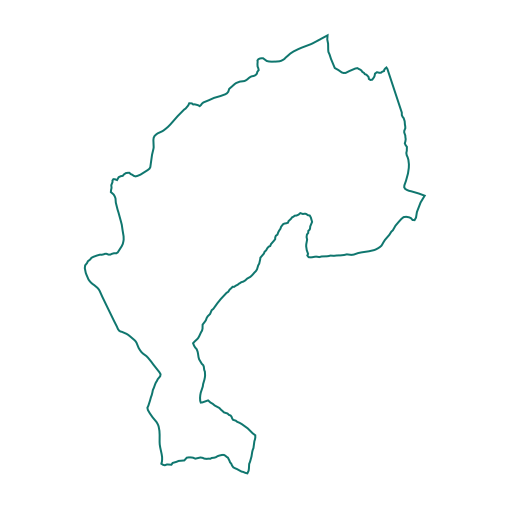 the district of Nambale, Western, Kenya, rotated 177°
{"feature_id": "3690345B66685082117491", "entity_name": "Nambale", "entity_type": "district", "adm_level": 2, "iso_a3": "KEN", "parent_name": "Kenya", "parent_adm1": "Western", "projection": "robinson", "projection_center": [34.319, 0.505], "detail": "fine", "context": "isolated", "style": "outline", "palette": "teal", "viewbox_px": 512, "rotation_deg": 177, "n_neighbors": 0, "source": "geoboundaries", "source_scale": "gbopen_adm2", "svg_char_len": 6071}
<svg xmlns="http://www.w3.org/2000/svg" viewBox="0 0 512 512"><g transform="rotate(177 256 256)"><path d="M361.4,53.5L359.7,52.3L358.0,51.8L355.8,52.5L351.4,52.0L350.1,53.7L346.2,54.6L344.0,55.4L338.3,55.6L335.7,58.2L333.8,58.4L331.9,58.3L329.5,57.9L327.2,56.8L322.0,57.7L319.8,57.2L318.3,56.4L316.0,56.0L313.9,56.1L312.2,55.9L310.9,56.6L308.1,56.8L306.5,57.2L304.9,58.1L303.2,58.6L300.4,59.1L298.4,59.0L297.0,58.1L295.8,56.9L294.6,56.1L293.2,52.9L292.7,51.3L291.6,49.9L290.9,48.0L289.7,46.1L287.8,45.0L286.3,44.3L281.8,41.5L280.0,41.0L278.0,40.0L276.0,39.4L274.6,42.0L274.2,44.1L273.7,48.7L272.7,50.9L271.0,56.0L270.0,60.7L269.4,62.6L268.6,64.3L267.3,71.2L266.7,72.7L266.2,74.7L266.1,77.0L268.6,79.1L273.3,84.3L278.9,88.8L281.2,90.3L283.5,91.4L284.8,92.6L287.5,93.6L288.3,95.0L288.9,96.9L289.8,98.1L291.3,98.7L292.7,100.2L296.2,101.5L297.5,102.9L299.0,104.3L300.5,106.1L305.1,108.9L306.9,110.6L309.2,112.1L311.4,114.3L317.2,112.6L318.8,112.5L319.3,114.3L319.3,117.3L318.9,120.1L318.3,122.5L316.0,128.4L315.5,130.9L314.0,135.2L313.4,137.5L313.1,139.4L313.1,143.1L313.7,145.1L313.9,148.1L314.4,149.7L315.8,151.2L317.1,153.7L318.2,155.8L318.7,158.0L319.0,161.3L319.3,163.4L320.1,166.0L321.6,167.9L322.6,169.8L323.4,172.2L321.9,173.7L318.9,176.2L317.9,177.3L316.8,179.1L314.9,182.7L313.8,184.3L313.2,186.3L312.9,190.3L310.3,193.3L309.3,194.7L308.6,196.5L307.4,198.3L304.9,200.5L303.1,204.2L301.4,205.4L297.0,210.9L293.5,214.8L287.4,220.7L285.6,221.7L284.1,223.8L282.2,225.3L281.0,226.5L279.6,226.3L277.6,227.5L275.7,228.3L274.6,229.2L273.3,229.8L272.1,230.6L270.0,231.1L268.0,232.2L266.0,233.9L262.7,235.5L260.9,237.0L259.6,238.3L258.4,239.6L257.0,240.8L255.7,242.6L254.3,246.5L253.2,248.2L252.0,252.4L251.7,254.1L248.0,258.0L247.2,259.8L245.6,261.1L244.3,263.2L242.8,264.7L241.3,265.2L240.4,267.1L237.2,270.4L236.0,271.8L235.8,273.6L235.1,275.2L233.5,276.2L232.6,278.4L231.6,280.1L230.2,281.9L229.4,283.9L227.2,286.4L225.9,286.9L224.0,287.1L222.3,287.6L221.7,289.1L219.0,291.4L218.0,292.7L216.5,293.3L215.3,294.2L213.4,294.3L211.3,295.1L209.5,296.5L207.0,295.5L204.8,295.7L203.4,295.2L202.2,294.1L200.2,293.6L199.2,291.5L198.2,287.1L200.3,282.7L200.5,281.1L201.0,279.6L202.4,278.4L202.7,276.2L204.0,274.8L204.5,272.3L204.1,269.7L205.2,265.1L205.4,263.1L205.0,259.1L203.9,255.4L204.7,253.8L203.5,252.1L201.8,251.8L200.2,251.8L197.1,252.2L195.6,252.2L192.8,251.6L190.5,252.1L185.5,252.0L183.7,252.1L181.6,252.5L178.2,252.1L175.1,252.3L171.6,252.2L167.9,252.4L165.2,252.9L160.7,252.1L158.3,252.3L153.8,253.6L150.4,254.1L143.0,254.8L137.8,255.7L136.2,256.2L133.8,257.3L131.9,258.4L130.2,259.7L129.3,261.0L128.1,262.9L126.4,265.3L121.7,270.2L119.6,273.2L118.0,274.5L115.1,279.0L111.7,282.6L108.9,285.4L106.6,287.1L104.0,287.3L101.1,286.6L99.3,285.7L97.8,283.8L95.8,283.5L94.2,286.0L93.0,291.5L88.8,300.9L84.4,307.4L90.2,309.9L97.6,312.5L99.8,313.1L101.7,314.0L103.5,315.2L104.4,316.9L104.1,318.9L102.3,323.2L99.9,330.5L98.8,336.0L98.5,339.5L98.8,344.1L99.4,346.6L100.2,348.7L100.5,351.0L99.9,353.2L99.6,357.1L100.8,358.9L101.5,360.7L100.8,362.7L100.4,364.9L100.6,366.8L100.6,368.4L101.5,371.6L101.4,373.2L100.2,375.8L100.2,377.9L100.4,379.4L100.5,382.8L101.3,385.9L102.3,387.3L103.0,389.1L102.9,391.6L115.0,435.9L115.9,437.4L117.1,436.5L118.1,435.4L118.5,434.0L120.3,433.4L121.6,432.5L123.2,432.5L125.6,433.2L127.6,431.9L128.2,429.5L128.9,428.2L130.7,426.0L132.5,425.8L134.0,426.9L134.2,428.8L135.1,430.0L136.3,431.3L137.8,431.9L138.6,433.2L140.2,434.3L141.0,435.7L142.1,436.6L143.6,437.4L144.9,438.3L147.1,438.0L153.1,435.8L157.0,434.1L159.0,434.2L160.7,434.8L164.0,437.4L167.5,439.6L170.8,448.9L172.0,453.4L173.0,456.0L173.1,458.0L172.9,464.2L173.5,468.5L173.0,472.6L188.5,465.3L190.3,464.6L199.4,461.7L202.9,460.4L207.8,458.3L211.1,456.4L216.2,452.4L217.3,451.3L218.7,450.5L220.7,449.6L222.6,449.2L226.6,449.1L230.8,449.3L233.0,449.6L235.1,450.2L238.6,453.1L240.3,453.2L241.8,453.0L243.3,452.4L244.3,451.2L244.2,449.8L244.5,447.6L244.5,445.2L243.9,443.4L243.6,441.5L245.0,439.9L245.6,438.0L247.1,436.6L248.9,435.9L250.6,435.7L251.9,435.3L253.6,434.3L255.5,432.8L257.2,431.8L258.6,431.3L263.0,431.0L266.7,429.8L268.2,428.9L274.0,424.3L275.1,421.5L276.5,420.0L278.2,419.1L283.1,417.6L289.6,416.1L295.0,414.0L300.5,412.1L302.1,410.9L303.0,409.7L304.4,408.6L305.7,409.5L307.4,410.1L309.4,410.7L310.8,410.6L312.0,411.7L313.3,411.9L314.7,412.0L315.8,409.9L318.6,406.9L320.1,406.0L324.7,401.8L326.9,399.8L334.8,391.7L337.1,389.6L339.2,388.0L341.9,386.1L343.5,385.3L347.8,383.6L349.2,382.7L351.0,381.2L352.0,379.4L352.4,377.2L352.5,369.9L352.8,368.4L354.5,362.6L356.9,350.3L357.8,348.8L359.6,347.5L367.1,343.3L370.2,342.2L372.1,341.8L373.8,342.4L375.3,343.6L376.9,344.4L378.1,345.7L379.5,345.8L381.6,345.6L383.6,344.4L384.9,343.0L386.8,342.8L389.0,341.9L390.8,339.1L392.8,340.0L394.4,340.2L395.4,338.9L395.4,337.4L396.8,334.3L396.7,331.6L397.3,329.4L397.6,327.4L396.3,326.2L394.9,324.8L393.9,322.8L393.3,320.8L393.2,316.6L391.8,309.5L391.0,306.4L389.1,297.7L388.4,294.2L387.9,288.8L387.2,282.5L387.3,279.2L387.7,277.4L388.4,275.0L389.6,272.8L393.9,266.8L395.4,266.0L397.6,266.2L399.8,265.7L401.5,265.0L403.2,265.1L405.1,266.0L406.6,266.1L408.2,265.6L410.2,265.3L411.7,265.5L414.8,264.8L418.4,263.7L420.4,262.8L421.8,261.2L424.2,259.5L425.1,257.8L427.1,255.6L427.6,252.9L426.9,248.1L426.3,246.2L424.5,241.3L423.4,239.6L422.3,238.2L420.8,236.7L419.0,235.3L416.0,232.5L414.7,230.8L413.9,229.2L411.7,223.5L408.3,215.4L401.1,198.4L398.7,193.0L397.7,190.3L396.6,188.6L395.3,187.7L393.9,187.3L389.3,185.0L387.6,183.8L385.7,182.1L381.7,178.3L380.7,177.1L379.9,175.7L378.0,170.3L376.8,168.1L375.5,166.1L373.9,164.4L370.7,161.8L369.2,160.1L366.2,156.0L364.3,153.1L358.5,144.9L357.5,142.9L358.0,140.9L360.6,138.1L361.5,136.4L362.6,134.9L363.4,133.3L364.9,129.7L366.0,127.6L366.6,125.2L367.4,122.6L368.3,120.5L369.5,116.9L371.3,112.2L372.4,110.1L372.0,107.8L370.3,104.5L367.7,100.3L364.1,95.5L363.2,93.8L362.5,92.1L362.1,90.5L361.6,86.4L361.6,82.4L362.0,75.4L362.0,72.9L361.7,70.0L360.6,63.1L360.3,60.2L360.4,57.7L360.7,55.6L361.4,53.5Z" fill="none" stroke="#0f766e" stroke-width="2"/></g></svg>